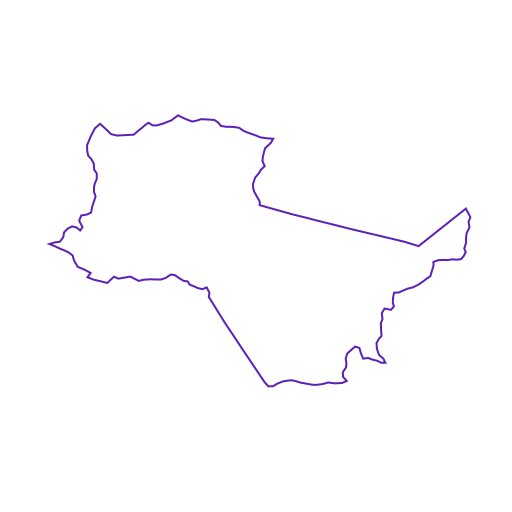 Ponto Belo, Espírito Santo, Brazil (Mercator projection), rotated 281°
{"feature_id": "56859067B23060074651511", "entity_name": "Ponto Belo", "entity_type": "district", "adm_level": 2, "iso_a3": "BRA", "parent_name": "Brazil", "parent_adm1": "Espírito Santo", "projection": "mercator", "projection_center": [-40.512, -18.26], "detail": "fine", "context": "isolated", "style": "outline", "palette": "violet", "viewbox_px": 512, "rotation_deg": 281, "n_neighbors": 0, "source": "geoboundaries", "source_scale": "gbopen_adm2", "svg_char_len": 2581}
<svg xmlns="http://www.w3.org/2000/svg" viewBox="0 0 512 512"><g transform="rotate(281 256 256)"><path d="M298.3,399.1L300.5,345.4L302.5,307.8L303.1,298.8L303.8,284.5L306.6,249.9L310.3,249.2L314.9,245.2L318.8,242.0L322.2,240.2L326.2,239.3L332.7,240.2L338.2,243.2L341.7,244.4L345.9,247.4L350.4,244.2L354.6,243.8L359.3,244.0L363.5,244.4L366.5,246.5L369.5,248.8L374.4,250.5L373.6,244.3L373.3,237.9L374.4,232.1L375.7,223.4L376.6,219.5L378.6,215.1L378.4,209.3L377.8,205.6L377.1,201.6L377.0,196.8L379.8,193.4L381.6,189.2L380.7,181.9L379.8,176.0L377.4,171.6L375.8,167.6L376.9,161.5L377.8,157.5L379.2,152.7L376.0,149.7L373.2,147.3L368.1,139.3L365.1,133.2L364.5,129.5L366.3,125.0L363.5,122.3L360.1,119.6L355.9,116.0L351.8,112.9L350.4,107.4L349.1,102.2L347.7,96.4L348.0,90.4L351.1,85.7L356.0,77.8L350.8,73.6L343.9,71.5L338.7,70.3L332.4,69.0L327.0,70.3L322.6,72.0L319.8,75.8L315.8,79.1L309.8,80.7L306.7,83.9L301.3,85.0L296.2,83.9L292.3,83.9L288.2,84.7L283.7,87.2L278.6,86.5L273.2,85.8L267.2,85.8L264.5,82.2L262.4,76.7L256.9,75.7L251.1,80.2L247.5,78.5L249.7,74.7L250.0,69.9L246.9,65.9L242.6,63.1L237.5,63.2L232.5,60.6L230.9,55.8L228.3,50.9L227.2,56.8L225.8,62.3L224.9,67.1L223.5,72.0L221.5,75.9L216.9,78.2L211.4,83.0L209.8,90.4L207.8,96.9L203.0,94.6L201.8,101.1L201.5,109.1L201.2,115.3L205.6,118.3L208.6,120.6L207.5,125.2L209.9,131.5L211.8,136.6L210.4,141.4L209.2,145.6L211.4,150.6L213.0,156.8L213.7,161.3L214.8,167.4L217.3,171.6L221.6,176.0L221.7,180.2L219.8,184.4L217.8,189.6L218.0,193.9L215.2,196.3L214.5,200.6L213.4,205.0L213.2,209.7L215.8,213.6L211.0,217.3L206.8,217.5L184.7,238.0L165.9,256.6L161.0,261.4L133.8,288.5L130.4,293.1L131.5,297.7L134.6,301.1L137.8,305.9L140.0,311.6L141.0,316.2L140.2,323.8L140.3,330.6L140.4,336.1L141.0,339.9L143.0,345.8L145.6,351.0L146.0,357.6L147.8,364.7L150.6,368.9L154.0,364.5L158.6,363.4L164.0,365.7L168.3,365.1L172.5,363.6L177.9,364.3L183.1,368.3L186.0,370.6L185.5,375.0L180.3,377.7L175.7,380.9L177.3,385.5L176.5,389.9L176.3,395.1L175.1,399.2L175.9,403.3L179.5,400.7L182.4,395.6L188.0,392.4L193.6,390.9L198.0,392.4L201.6,394.5L207.6,392.8L214.0,391.4L218.2,392.2L223.8,390.4L228.9,392.2L228.9,398.7L232.7,401.0L236.3,399.2L241.1,398.5L246.3,398.5L247.5,403.4L249.7,406.3L252.9,411.1L255.2,416.1L259.0,421.0L262.8,424.8L266.6,428.1L269.4,431.0L274.8,431.5L280.3,432.1L284.0,431.3L286.8,435.9L287.9,440.7L288.5,444.7L290.1,449.1L290.7,453.8L292.0,457.8L295.5,459.9L300.0,461.1L303.1,459.0L309.3,459.7L313.2,458.8L318.7,458.4L324.8,460.1L329.8,458.2L335.0,459.0L342.6,453.0L296.7,413.7L298.3,399.1Z" fill="none" stroke="#5b21b6" stroke-width="2"/></g></svg>